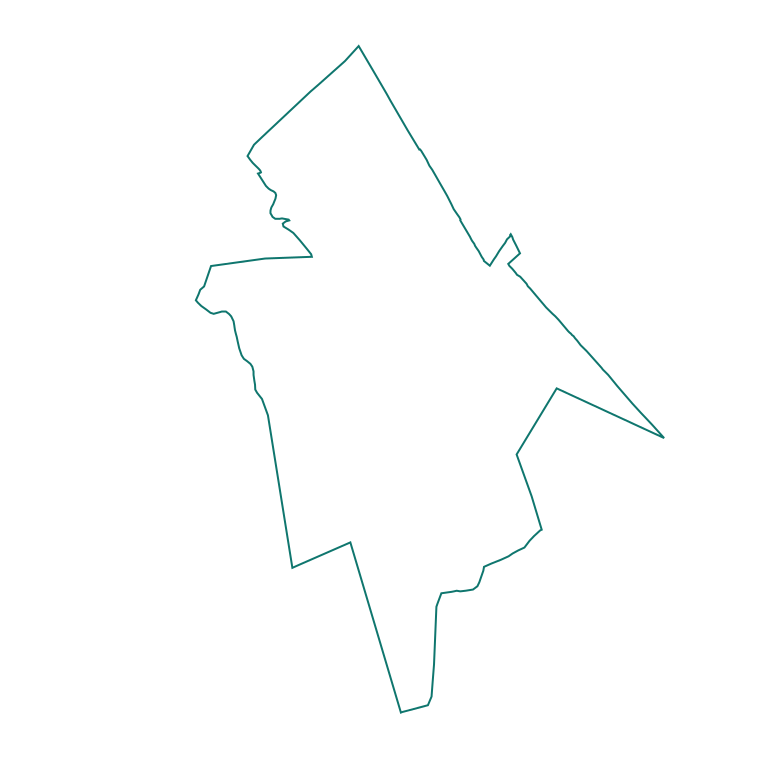 San Pedro Apóstol, Oaxaca, Mexico (Albers equal-area conic projection), rotated 228°
{"feature_id": "50627088B6565378180513", "entity_name": "San Pedro Apóstol", "entity_type": "district", "adm_level": 2, "iso_a3": "MEX", "parent_name": "Mexico", "parent_adm1": "Oaxaca", "projection": "albers", "projection_center": [-96.731, 16.743], "detail": "fine", "context": "isolated", "style": "outline", "palette": "teal", "viewbox_px": 768, "rotation_deg": 228, "n_neighbors": 0, "source": "geoboundaries", "source_scale": "gbopen_adm2", "svg_char_len": 2662}
<svg xmlns="http://www.w3.org/2000/svg" viewBox="0 0 768 768"><g transform="rotate(228 384 384)"><path d="M452.8,549.8L454.1,550.1L454.8,550.3L455.1,551.0L457.6,551.6L461.2,552.0L467.3,552.8L472.6,554.4L481.4,556.8L487.3,558.1L495.3,559.8L499.9,560.8L504.9,561.9L511.0,563.2L515.9,563.8L522.1,565.7L532.6,567.7L534.4,567.7L534.6,567.1L556.6,571.3L590.4,578.4L597.7,580.1L622.7,585.3L652.1,591.3L650.1,571.1L650.3,535.0L650.5,525.2L649.1,458.6L648.8,447.5L644.7,435.1L640.1,434.6L636.2,434.4L634.3,434.5L632.5,434.6L628.0,434.9L626.3,434.9L624.9,434.7L623.6,434.2L623.6,433.7L624.7,431.2L620.5,430.5L610.2,428.8L606.4,429.0L603.9,429.6L601.0,430.8L598.7,431.1L596.5,430.2L594.4,427.4L592.7,423.9L591.7,421.9L590.6,418.5L589.0,415.9L588.2,415.1L586.9,413.9L585.9,413.7L584.4,413.4L582.8,413.0L579.6,413.7L576.8,416.7L575.3,419.0L570.0,423.1L569.0,423.0L570.6,419.7L570.9,416.1L568.3,414.7L562.6,416.4L556.9,417.7L555.9,417.7L547.0,417.6L536.0,417.1L529.2,416.7L526.8,415.5L556.8,379.6L587.4,334.4L576.9,315.6L577.0,310.5L574.7,306.1L572.1,300.2L569.0,300.1L564.3,300.4L558.4,301.7L553.0,302.7L550.1,304.4L548.6,307.4L547.3,310.0L546.4,311.9L543.6,315.0L539.7,315.7L536.5,315.7L531.3,314.2L527.5,311.8L526.8,311.3L523.6,309.2L520.6,307.6L517.6,306.1L513.3,303.6L507.4,300.3L500.6,297.4L496.5,296.7L492.8,297.5L488.3,298.2L484.9,297.7L480.7,295.5L478.0,293.1L473.1,289.8L469.8,287.7L466.0,284.6L462.4,283.8L457.8,283.5L454.5,283.3L438.4,276.8L308.7,192.9L306.1,200.9L288.8,253.0L128.5,176.7L128.1,177.9L115.9,201.7L119.9,210.2L130.9,221.7L142.1,233.5L183.4,273.9L185.0,276.8L190.1,286.6L184.3,295.2L183.0,297.4L181.7,299.7L178.9,301.9L175.7,306.4L171.7,312.6L171.2,318.1L172.9,322.2L175.6,327.1L178.8,332.9L181.2,336.0L178.7,343.7L175.1,353.4L172.6,361.3L172.0,366.1L170.5,372.4L168.5,378.9L170.1,387.3L170.6,393.7L170.7,402.2L170.2,403.7L201.8,418.6L242.9,435.4L265.2,509.4L156.4,556.0L168.7,556.0L174.6,556.0L191.0,555.6L203.2,555.5L226.5,556.0L240.8,556.7L248.4,556.3L250.3,556.5L268.8,556.6L273.0,556.6L281.2,556.1L287.2,556.6L290.1,556.6L292.7,556.9L294.5,556.5L296.4,556.6L298.1,556.3L300.2,556.2L314.6,556.7L319.7,556.6L323.5,556.2L332.4,555.7L348.5,556.2L357.0,556.5L360.4,556.3L363.1,557.0L372.6,557.0L376.2,555.9L378.3,556.2L383.4,556.4L384.3,556.4L387.8,556.2L390.1,556.7L390.1,572.5L398.5,574.9L404.9,576.6L407.4,577.7L410.5,578.4L410.3,577.4L409.3,576.6L409.2,572.2L407.8,568.4L407.1,564.7L406.4,561.6L405.7,558.5L403.9,552.6L403.1,549.0L401.1,541.8L408.6,540.6L409.8,541.3L413.1,541.7L419.4,543.3L422.8,543.7L425.6,544.1L427.9,544.9L429.1,545.0L431.8,545.3L434.5,546.0L435.8,546.4L452.8,549.8Z" fill="none" stroke="#0f766e" stroke-width="2"/></g></svg>